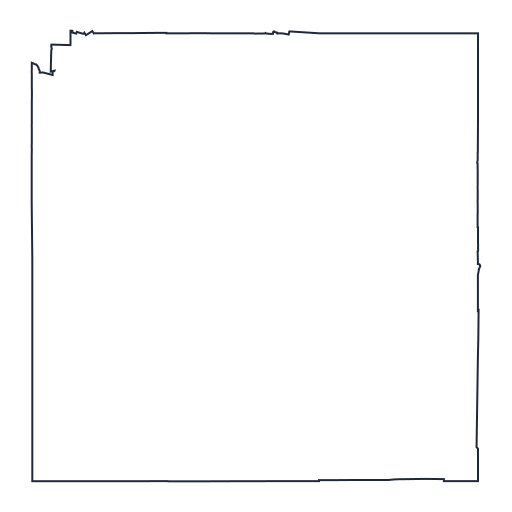 Capital, Córdoba, Argentina
{"feature_id": "61730980B11086319733728", "entity_name": "Capital", "entity_type": "district", "adm_level": 2, "iso_a3": "ARG", "parent_name": "Argentina", "parent_adm1": "Córdoba", "projection": "mercator", "projection_center": [-64.197, -31.416], "detail": "fine", "context": "isolated", "style": "outline", "palette": "slate", "viewbox_px": 512, "rotation_deg": 0, "n_neighbors": 0, "source": "geoboundaries", "source_scale": "gbopen_adm2", "svg_char_len": 4436}
<svg xmlns="http://www.w3.org/2000/svg" viewBox="0 0 512 512"><path d="M31.7,145.7L31.7,146.4L31.7,146.7L31.8,148.5L31.8,150.5L31.7,155.3L31.7,160.1L31.7,164.9L31.7,169.8L31.7,203.8L32.0,231.0L32.3,258.1L32.3,298.2L32.3,336.6L32.3,364.2L32.3,383.7L32.3,413.5L32.3,448.5L32.3,481.2L67.5,481.2L72.9,481.2L73.2,481.2L95.7,481.2L143.3,481.2L148.9,481.2L150.9,481.1L151.1,481.1L153.1,481.1L155.0,481.1L157.7,481.1L159.7,481.1L161.7,481.1L164.1,481.1L167.2,481.1L167.6,481.1L167.8,481.2L168.0,481.2L168.1,481.3L168.3,481.3L177.1,481.3L198.3,481.3L210.1,481.3L240.4,481.2L258.3,481.2L281.5,481.1L307.9,481.1L319.0,481.1L319.0,480.1L338.4,480.1L353.5,480.0L376.5,480.0L388.4,480.0L395.6,479.3L397.7,479.3L399.2,479.2L401.1,479.2L403.0,479.2L410.1,479.1L417.4,479.0L425.0,478.9L443.9,479.1L443.9,481.1L458.6,481.1L478.0,481.1L478.0,466.0L478.0,449.3L478.0,448.7L476.5,447.1L476.6,444.4L477.7,370.2L477.9,356.9L478.3,339.3L478.6,310.3L477.9,310.7L477.9,309.8L477.9,305.6L477.9,275.1L479.0,269.0L480.3,266.1L480.2,265.8L480.0,265.5L479.9,265.2L479.8,264.9L479.7,264.9L479.7,264.7L479.4,264.5L479.4,264.4L479.2,264.3L479.1,264.2L478.9,264.1L478.7,264.1L478.4,264.0L478.2,264.0L477.9,264.0L477.9,261.3L477.7,253.2L477.6,251.3L477.8,251.2L478.0,251.1L478.1,250.3L478.1,249.8L478.1,249.1L478.1,248.6L478.0,247.2L478.1,246.6L478.1,246.2L478.1,245.0L478.0,243.2L478.0,241.2L478.0,239.3L478.0,236.6L478.0,235.3L478.0,232.7L478.0,231.1L478.0,229.4L478.0,227.3L477.6,227.2L477.6,223.6L477.6,220.3L477.6,216.9L477.6,215.0L477.7,212.8L477.7,210.7L477.7,208.5L477.7,206.6L477.7,204.3L477.6,201.2L477.7,199.1L477.7,195.9L477.7,195.6L477.7,193.4L477.7,191.3L477.7,189.4L477.6,187.8L477.6,187.0L477.7,184.9L477.7,182.9L477.7,181.2L477.7,179.6L477.7,177.7L477.7,176.2L477.7,174.5L477.7,172.8L477.7,171.2L477.7,169.6L477.6,168.0L477.6,166.8L477.6,163.8L477.6,163.2L477.3,162.9L477.1,162.7L477.3,162.0L477.6,160.5L477.7,159.7L477.7,158.9L477.7,155.7L477.7,152.7L477.8,152.6L478.0,123.0L478.0,91.6L478.0,66.4L478.0,33.3L458.6,33.3L442.5,33.3L439.2,33.3L429.4,33.3L419.8,33.3L411.4,33.3L400.4,33.3L395.5,33.3L393.2,33.3L388.8,33.3L381.1,33.3L373.0,33.3L366.5,33.3L353.1,33.3L339.2,33.3L320.0,33.3L319.2,33.3L289.4,31.4L289.3,31.5L288.7,34.5L287.5,34.3L286.3,34.1L285.5,33.9L283.0,33.5L281.5,33.3L280.9,33.3L280.1,33.3L279.0,33.3L278.5,33.3L278.4,33.3L278.2,33.4L277.9,33.5L277.7,33.6L277.4,33.6L277.2,33.5L277.2,33.4L277.3,32.9L277.3,32.7L277.2,32.6L276.1,32.4L275.0,32.2L274.9,32.1L274.6,32.0L274.2,31.7L274.0,31.4L273.3,31.7L273.2,32.1L273.1,32.6L272.9,33.4L272.9,33.9L271.2,33.9L269.3,33.8L269.0,33.8L268.9,33.8L267.5,33.6L266.0,33.5L265.5,33.0L265.0,33.4L263.1,33.5L262.4,33.5L259.8,33.5L258.4,33.5L257.3,33.5L256.5,33.6L255.8,33.6L254.8,33.6L253.2,33.3L249.5,33.3L245.8,33.3L242.1,33.3L238.3,33.3L232.8,33.3L229.0,33.3L225.3,33.3L221.6,33.3L217.9,33.3L214.2,33.3L210.5,33.3L204.9,33.2L201.2,33.2L197.4,33.2L191.9,33.2L190.1,33.2L189.5,33.3L187.4,33.3L181.7,33.3L177.9,33.3L172.2,33.3L168.4,33.3L166.4,33.3L166.4,32.9L164.5,32.9L162.5,32.9L160.6,32.9L158.6,32.9L156.6,32.9L154.6,32.9L141.8,33.0L135.3,33.1L131.2,33.1L119.1,33.1L109.3,33.2L94.4,33.3L93.9,33.5L92.3,31.1L89.3,33.0L87.7,34.0L85.9,35.2L84.4,32.8L84.3,33.0L83.2,33.8L81.4,33.3L76.7,31.9L76.3,33.3L76.2,33.6L75.0,33.3L72.5,32.6L72.4,30.8L70.5,30.7L70.5,35.0L70.5,36.3L70.5,36.7L70.5,38.0L70.5,38.9L70.5,40.0L70.5,41.8L70.5,43.3L70.5,43.7L70.4,45.1L66.1,45.0L61.9,44.9L60.3,44.8L59.1,44.8L55.7,44.7L53.6,44.6L51.4,44.6L51.3,46.7L51.3,47.2L51.5,47.6L51.6,48.0L51.7,48.6L51.8,48.8L51.7,49.1L51.5,49.4L51.4,49.7L51.3,50.1L51.3,50.9L51.2,53.1L51.1,55.2L51.1,57.3L51.0,59.5L51.0,61.6L50.9,63.7L50.9,65.8L50.8,69.1L50.8,69.9L50.7,71.6L52.8,71.1L54.5,70.7L54.4,71.0L53.6,71.2L52.7,71.4L52.7,72.5L52.6,75.0L52.2,74.9L50.4,74.4L49.2,74.1L48.4,73.9L42.7,72.4L42.5,72.5L42.3,72.5L41.1,72.6L40.9,72.6L40.5,72.7L39.7,72.7L39.7,72.4L39.8,71.5L39.7,70.9L39.5,70.5L38.9,69.2L38.6,68.6L38.5,68.0L38.4,67.3L37.9,66.8L37.6,66.1L37.3,65.6L36.8,65.1L36.3,64.5L35.9,64.3L35.6,64.3L35.2,64.3L34.7,64.2L34.2,63.9L33.3,63.3L32.5,63.1L31.8,62.8L31.8,63.8L31.8,69.6L31.7,71.8L31.8,73.6L31.8,77.1L31.8,78.3L31.8,80.9L31.8,85.5L31.8,87.4L31.9,91.3L31.9,93.0L31.9,96.2L31.8,101.2L31.8,103.6L31.8,106.1L31.8,109.4L31.8,111.6L31.8,113.5L31.8,118.0L31.8,119.7L31.8,120.9L31.8,123.0L31.8,124.2L31.7,124.9L31.7,125.1L31.8,128.2L31.8,132.0L31.8,137.3L31.8,141.1L31.8,142.7L31.7,145.7Z" fill="none" stroke="#1e293b" stroke-width="2"/></svg>